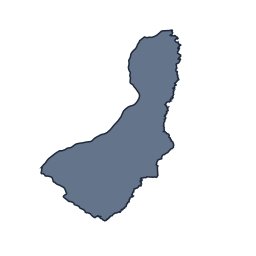 Nova Bandeirantes, Mato Grosso, Brazil (Robinson projection), rotated 51°
{"feature_id": "56859067B56253074715803", "entity_name": "Nova Bandeirantes", "entity_type": "district", "adm_level": 2, "iso_a3": "BRA", "parent_name": "Brazil", "parent_adm1": "Mato Grosso", "projection": "robinson", "projection_center": [-58.073, -9.696], "detail": "fine", "context": "isolated", "style": "filled", "palette": "slate", "viewbox_px": 256, "rotation_deg": 51, "n_neighbors": 0, "source": "geoboundaries", "source_scale": "gbopen_adm2", "svg_char_len": 5866}
<svg xmlns="http://www.w3.org/2000/svg" viewBox="0 0 256 256"><g transform="rotate(51 128 128)"><path d="M79.4,32.3L78.6,34.0L74.0,40.4L73.8,41.6L74.0,44.3L74.0,46.5L73.7,49.1L72.7,52.2L70.7,54.5L69.7,56.6L67.7,57.8L67.6,58.3L67.5,64.0L67.7,64.5L68.2,65.0L69.1,68.0L70.3,69.9L70.8,71.2L71.2,72.7L71.2,74.3L71.5,76.5L72.0,78.3L72.5,79.3L74.8,82.1L75.8,84.7L79.0,86.9L80.9,89.4L82.8,90.5L84.8,91.1L85.9,91.1L86.5,91.4L88.4,93.6L90.8,94.7L93.4,97.4L94.8,97.9L97.3,97.0L99.8,97.3L102.1,97.2L105.3,97.4L108.1,97.7L110.0,98.5L111.5,100.2L112.0,101.1L113.2,104.1L113.7,106.5L113.8,107.7L113.6,109.6L112.1,113.3L111.8,114.7L111.7,118.0L112.0,120.4L112.1,121.0L114.9,126.4L116.2,131.3L117.1,137.6L118.2,142.8L118.4,147.0L117.8,149.9L116.3,152.9L115.3,157.8L114.9,160.9L115.1,161.9L115.3,163.8L115.0,165.5L112.2,170.1L111.0,172.6L109.1,175.7L108.0,177.9L107.6,179.5L107.4,184.2L106.7,185.8L105.5,187.8L105.2,190.7L104.5,192.7L104.1,193.7L102.8,195.3L102.4,196.9L102.0,200.6L101.9,209.0L102.3,211.3L103.3,214.4L103.4,216.5L104.1,220.1L104.4,219.5L104.8,219.7L105.6,220.9L106.4,221.6L108.3,223.9L108.8,223.9L109.3,223.8L109.9,222.7L112.0,222.2L112.8,222.5L113.9,221.9L114.9,220.5L117.8,218.5L118.4,218.3L119.3,218.4L121.7,219.3L122.5,219.8L123.1,219.8L124.0,219.0L125.1,219.1L127.4,218.4L130.1,216.8L132.2,216.1L133.6,215.3L136.3,215.5L136.7,215.9L137.5,216.0L138.7,216.5L140.2,216.8L140.5,217.6L140.2,220.0L140.4,221.1L140.7,221.5L141.1,221.6L148.0,220.1L149.0,218.9L151.2,217.7L152.0,217.4L152.6,217.4L153.5,217.9L153.9,217.8L156.6,216.1L158.1,215.5L160.0,215.7L161.4,215.1L162.8,214.2L163.6,214.1L164.0,213.8L165.5,213.7L166.5,214.2L167.8,213.6L168.0,213.1L168.6,212.6L170.0,211.7L171.0,211.3L174.0,211.1L176.4,210.5L176.9,210.0L176.7,209.2L176.9,208.8L177.2,207.7L176.9,207.2L177.4,206.5L178.1,206.8L178.2,206.4L178.6,206.3L179.1,205.3L179.4,205.1L179.4,205.7L179.6,206.1L180.4,206.3L181.4,206.0L181.7,205.5L182.2,205.3L183.2,205.4L184.0,205.2L184.8,204.7L185.5,204.5L186.1,202.8L186.0,202.4L185.6,202.1L186.0,201.5L185.9,200.6L186.2,199.9L185.6,199.0L185.9,198.4L185.6,198.0L185.5,196.9L186.2,195.5L185.7,193.8L185.9,192.7L185.8,192.0L185.9,191.5L186.4,191.1L186.7,190.4L187.0,190.1L187.1,189.2L187.7,187.3L188.3,187.5L188.5,187.2L188.4,186.4L187.9,185.4L187.4,184.8L187.3,184.3L188.2,183.7L188.1,183.2L187.7,182.8L187.8,181.6L188.0,181.1L187.5,180.9L187.8,178.8L186.9,177.7L186.5,177.5L186.3,177.0L186.4,176.0L185.7,175.5L185.8,174.3L186.1,173.9L185.5,172.9L184.8,172.7L184.5,172.3L184.5,171.6L183.9,171.3L183.8,170.3L183.5,169.6L183.6,169.0L184.1,168.5L184.3,168.1L184.3,166.9L183.3,167.7L183.1,167.3L183.1,166.7L182.2,166.9L181.4,165.2L181.0,164.8L181.0,164.3L181.3,163.9L180.6,163.2L180.5,162.8L179.8,162.5L179.2,161.6L179.2,161.1L179.9,160.5L179.9,159.5L180.4,158.7L180.5,157.7L180.2,156.5L179.9,156.2L179.8,155.9L179.9,155.5L180.3,155.3L180.7,154.5L181.1,154.4L180.9,153.9L180.0,153.4L180.0,152.7L179.3,152.6L179.1,152.2L177.9,151.8L177.3,152.3L176.9,152.0L176.9,151.5L177.4,151.4L177.7,150.6L177.4,149.7L176.6,149.9L176.3,149.7L175.4,150.2L175.1,150.0L175.6,148.5L176.3,147.7L176.5,146.7L177.5,145.9L177.8,145.4L177.9,145.0L177.7,144.1L178.2,143.8L179.1,142.5L179.9,141.9L180.9,140.6L181.7,140.0L181.8,139.6L182.3,139.2L182.7,138.2L184.3,136.8L184.2,136.1L183.7,135.4L183.8,134.8L177.0,129.9L176.4,128.7L175.9,128.7L175.7,129.1L174.1,129.1L173.6,127.9L172.8,127.4L172.1,125.6L171.7,125.1L172.2,123.1L173.1,121.3L172.6,120.6L172.0,120.6L170.9,118.4L171.0,117.1L171.5,116.6L171.6,116.2L171.6,114.1L172.0,113.1L172.0,112.0L171.6,110.4L171.6,109.6L171.2,108.0L171.7,106.9L171.6,104.9L170.7,104.2L170.2,103.3L168.4,102.4L166.9,102.0L166.2,102.1L165.5,102.6L165.1,102.6L164.9,102.2L164.6,101.9L163.2,102.1L162.9,101.7L162.3,101.4L160.9,102.0L159.7,100.6L159.2,100.4L158.3,100.4L157.8,100.6L156.8,101.4L156.4,101.5L156.1,101.2L155.1,101.5L154.3,101.5L153.2,102.5L153.2,102.0L152.6,101.4L152.5,101.0L151.1,100.4L150.4,99.5L149.2,99.1L148.6,99.2L148.3,98.3L147.8,97.8L147.3,97.7L146.4,96.9L146.0,95.4L145.3,94.6L144.9,94.3L144.4,94.5L144.2,94.2L144.5,93.1L144.0,92.3L142.7,92.0L141.7,92.3L141.5,91.5L141.7,90.5L141.1,90.3L141.2,89.0L141.0,88.6L140.6,88.7L140.3,87.9L139.9,88.0L139.4,87.8L139.3,87.3L139.8,86.4L139.5,85.6L137.8,85.4L137.9,84.9L137.7,84.6L137.3,84.3L137.1,83.7L136.8,84.5L136.4,84.8L135.6,84.6L135.3,84.2L133.1,84.6L133.0,84.2L133.3,84.0L133.3,83.5L132.5,82.7L132.5,80.7L132.8,80.2L133.9,79.4L133.6,78.7L134.0,77.5L133.2,77.8L132.7,77.7L132.7,76.5L132.2,76.1L133.0,75.7L133.1,75.1L132.8,74.8L132.9,74.0L132.6,73.7L131.8,74.2L131.4,74.0L131.4,73.0L130.8,71.8L130.5,71.2L129.4,70.9L128.8,70.0L128.3,70.0L127.9,68.6L126.7,68.2L125.4,68.1L125.4,67.5L125.8,67.2L126.2,67.2L126.6,67.0L126.1,66.8L125.8,66.1L125.4,66.1L124.5,65.0L124.3,64.5L124.8,64.0L124.9,63.5L123.4,63.4L122.8,63.7L122.5,63.2L122.7,61.7L122.6,60.5L122.0,59.8L122.4,58.6L122.4,58.1L121.9,57.8L121.0,57.8L120.4,57.4L119.7,57.6L119.4,57.2L119.2,56.8L118.4,56.1L117.4,56.4L115.2,54.2L114.8,54.9L114.0,54.9L112.6,53.9L112.3,53.5L112.5,53.2L112.4,52.6L112.1,52.2L111.1,52.0L109.8,50.9L108.8,50.6L108.6,50.1L109.1,48.5L109.2,47.4L108.9,47.0L108.8,46.1L108.3,45.5L107.7,44.0L107.1,44.0L106.4,45.4L106.1,45.7L105.8,45.5L105.4,43.5L105.4,43.1L105.6,42.6L105.5,42.1L105.0,41.6L104.7,41.5L104.4,41.2L104.1,41.2L103.4,41.8L102.1,41.8L101.2,42.4L100.1,41.6L99.7,40.8L99.6,40.0L98.6,38.2L97.9,39.1L97.5,39.3L97.2,39.0L97.0,38.3L97.3,38.0L97.3,37.2L96.5,36.8L96.4,36.4L96.9,35.2L96.7,34.8L95.8,35.0L94.9,35.8L93.7,35.6L92.7,35.0L92.7,35.4L92.2,36.3L90.2,36.7L89.6,36.6L89.0,36.0L89.1,35.4L88.9,34.2L89.8,33.8L90.0,33.3L89.9,32.8L89.7,32.6L89.0,32.9L88.4,32.6L87.7,33.1L85.8,33.3L85.5,33.6L85.2,34.6L83.9,35.6L83.7,36.2L82.8,36.9L82.4,36.9L82.3,36.4L83.1,35.6L82.7,34.5L82.3,33.8L82.0,33.3L80.8,33.3L80.4,33.2L80.5,32.5L80.3,32.2L79.8,32.1L79.4,32.3Z" fill="#64748b" stroke="#1e293b" stroke-width="1.5"/></g></svg>